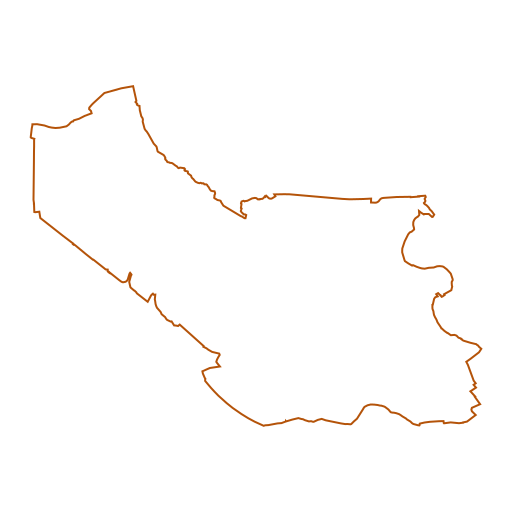 Montferland, Gelderland, Netherlands
{"feature_id": "6326949B90977500398075", "entity_name": "Montferland", "entity_type": "district", "adm_level": 2, "iso_a3": "NLD", "parent_name": "Netherlands", "parent_adm1": "Gelderland", "projection": "mercator", "projection_center": [6.215, 51.924], "detail": "fine", "context": "isolated", "style": "outline", "palette": "amber", "viewbox_px": 512, "rotation_deg": 0, "n_neighbors": 0, "source": "geoboundaries", "source_scale": "gbopen_adm2", "svg_char_len": 5972}
<svg xmlns="http://www.w3.org/2000/svg" viewBox="0 0 512 512"><path d="M133.1,86.2L121.3,88.3L104.4,93.0L93.3,103.2L91.9,104.6L89.3,107.6L89.1,109.1L91.0,111.0L91.6,113.3L84.7,115.9L79.0,118.8L73.9,120.3L73.5,120.7L73.1,121.1L73.1,121.4L71.7,121.7L70.4,122.8L68.8,124.6L66.5,126.3L59.8,127.7L55.5,128.0L51.8,127.6L48.8,127.0L44.5,125.5L37.2,124.2L32.4,124.3L32.4,124.7L32.3,125.8L31.8,128.1L30.7,137.3L30.8,137.5L31.6,138.0L34.3,138.8L34.2,139.1L34.1,140.2L34.1,146.6L34.0,150.8L33.9,163.3L33.5,199.8L33.9,202.8L33.9,203.7L34.0,203.7L34.3,212.0L35.2,212.2L37.0,212.0L39.3,211.7L40.3,218.0L63.2,236.0L73.6,243.9L73.6,244.1L73.2,244.4L73.6,244.7L73.8,244.9L74.5,244.9L75.0,245.1L86.0,254.2L92.9,259.7L93.3,259.6L103.9,268.0L105.6,269.4L107.7,269.6L107.6,271.1L107.8,271.5L108.5,272.1L108.5,271.5L108.9,271.8L108.9,272.4L109.5,272.8L109.5,272.4L119.3,280.2L121.5,281.8L123.0,282.3L125.5,281.8L126.6,281.1L127.4,280.1L127.8,279.3L129.4,274.0L129.7,273.3L130.1,272.8L131.0,273.9L131.5,274.7L130.9,275.8L129.2,281.9L130.4,287.2L130.8,287.7L134.1,290.5L134.5,290.6L136.3,292.3L136.8,293.3L147.7,301.8L150.6,296.3L151.1,295.4L151.8,294.6L152.9,293.7L153.6,294.7L155.3,294.6L154.8,299.4L155.1,300.7L155.6,304.1L156.3,306.3L157.0,307.8L160.6,311.9L161.6,314.2L165.1,317.1L166.2,318.9L167.1,319.9L170.7,321.6L171.6,321.4L174.1,325.4L176.2,325.6L178.1,326.0L179.7,324.6L203.7,346.1L203.4,346.8L206.5,348.3L208.3,349.7L212.1,351.9L219.2,353.6L219.7,354.9L218.3,357.1L217.0,359.6L216.3,361.8L216.5,362.2L217.4,363.4L219.9,366.5L209.8,368.0L202.4,371.3L202.9,373.6L204.7,377.8L205.4,378.9L205.1,379.8L205.2,381.0L211.1,388.0L214.7,391.9L218.4,395.7L226.4,402.9L232.6,407.9L241.4,414.0L248.2,418.2L254.7,421.7L263.7,425.8L265.1,425.3L268.4,425.1L277.5,423.4L281.5,423.1L286.0,421.4L286.0,421.2L286.2,421.4L292.2,419.6L298.4,418.1L301.4,419.0L302.9,419.2L305.0,420.2L308.9,421.4L311.2,421.2L312.6,421.7L313.7,421.8L317.8,419.9L321.7,418.9L325.7,420.3L340.9,423.4L345.3,424.1L347.2,424.0L350.6,424.3L351.3,424.0L354.0,421.3L357.0,418.7L363.4,408.6L363.4,408.4L364.5,406.9L367.5,405.3L370.7,404.5L374.1,404.6L377.6,405.0L380.1,405.6L381.1,405.6L384.1,406.5L385.1,407.0L388.4,409.5L390.7,412.2L392.2,412.6L394.0,412.7L396.3,413.2L399.0,414.1L400.5,415.0L402.4,416.4L406.0,418.5L406.9,419.4L410.4,421.5L412.1,423.2L413.4,424.0L418.2,425.3L419.4,425.4L419.6,425.0L419.7,423.7L419.8,423.6L424.6,422.5L429.9,421.8L439.2,421.2L443.5,421.1L443.8,423.1L444.0,423.3L450.7,422.4L459.0,423.2L463.1,422.7L463.1,422.4L467.0,421.6L475.7,415.0L471.9,411.3L471.4,409.6L471.6,408.7L471.9,407.8L480.1,404.2L474.8,396.8L475.2,396.5L470.4,391.3L476.0,387.6L473.6,384.8L475.7,383.3L473.7,380.7L467.9,364.9L466.3,361.8L470.7,358.7L479.0,352.3L481.3,348.8L478.8,346.6L478.2,345.6L477.0,344.9L476.3,344.2L470.5,342.8L463.9,340.8L462.8,340.3L461.1,339.0L461.3,338.8L460.7,338.4L458.5,337.7L456.5,335.6L454.5,334.9L450.8,335.2L447.6,332.9L447.3,333.0L444.4,330.9L441.7,328.4L441.4,328.4L440.6,326.9L437.5,322.3L436.4,319.5L435.0,317.1L434.0,314.9L433.7,313.3L433.4,311.2L432.5,308.9L432.4,307.1L432.4,304.8L432.8,304.7L434.1,298.9L435.1,297.4L435.9,297.0L437.7,296.4L436.2,294.2L438.1,293.1L440.4,295.4L440.6,295.3L441.6,296.8L442.5,296.5L444.6,295.0L444.1,294.2L451.3,290.2L452.2,286.5L451.9,285.6L451.7,283.0L451.8,281.7L452.6,280.4L452.7,279.8L452.6,279.0L450.8,273.7L449.9,272.6L446.8,269.3L443.5,266.8L442.3,266.4L439.7,266.1L437.1,266.3L433.7,267.5L428.8,267.8L424.7,268.7L421.8,268.4L419.9,267.9L416.7,266.8L413.1,265.2L412.7,265.2L412.1,265.6L408.3,263.4L404.9,261.1L404.5,260.1L402.2,252.4L402.2,250.6L402.3,248.5L404.7,241.3L408.2,234.3L409.8,232.4L411.6,231.7L414.1,229.5L414.0,228.1L413.2,225.0L413.3,222.1L414.0,220.3L414.9,218.9L415.4,218.3L417.0,217.1L417.7,216.8L419.3,215.0L419.0,211.0L421.1,212.7L423.8,214.4L424.1,214.0L428.8,214.0L432.1,217.0L432.8,216.8L434.2,214.6L431.7,211.2L429.8,209.4L429.0,207.9L427.4,206.1L426.3,205.1L424.7,204.1L424.0,203.3L423.9,203.0L425.0,201.9L425.3,201.2L425.4,200.9L425.1,200.0L424.7,199.2L424.7,198.6L425.7,197.2L425.6,196.4L425.2,195.7L418.6,196.2L418.8,196.6L410.6,197.2L410.5,196.8L396.8,197.0L383.6,197.9L381.9,198.2L380.9,198.7L380.0,199.5L378.8,201.1L377.8,201.9L376.6,202.5L375.4,202.7L371.0,202.5L371.1,198.6L363.3,199.0L349.8,199.3L342.4,198.9L289.6,194.3L284.3,194.2L274.3,194.4L275.4,196.3L272.0,198.4L271.1,198.7L269.8,198.6L269.0,198.3L268.3,197.7L266.9,196.3L266.2,195.7L265.4,196.8L264.9,196.3L263.7,197.8L262.5,198.8L258.8,199.2L258.9,199.4L258.1,199.4L257.7,199.3L256.5,198.2L254.9,197.9L252.1,198.4L247.3,200.8L245.1,201.1L244.6,201.4L244.0,201.0L243.5,200.8L241.6,201.5L241.1,202.8L241.0,203.5L241.4,203.7L241.5,204.1L240.9,208.0L241.0,208.2L241.6,208.5L240.8,211.1L241.2,211.8L242.7,213.4L243.3,213.7L243.6,214.4L245.3,214.5L246.2,215.0L245.5,218.2L244.5,218.2L241.7,216.4L240.9,216.2L223.4,205.7L221.1,202.1L220.9,201.4L220.5,200.8L219.8,200.5L217.4,200.0L216.4,199.3L214.4,198.2L214.2,197.7L214.5,196.0L214.4,195.3L214.8,194.5L215.1,193.8L215.0,192.6L214.5,191.3L212.3,191.1L211.0,190.7L209.9,189.4L208.6,187.0L207.9,186.3L207.0,184.8L206.1,184.3L205.2,184.4L204.3,184.3L203.7,183.5L203.0,183.2L202.0,183.5L201.2,183.0L200.6,182.8L199.4,183.2L197.8,182.8L195.7,181.8L195.1,181.3L193.2,178.9L192.7,178.6L192.1,178.0L191.4,176.9L191.1,175.7L188.0,173.4L187.9,173.1L187.9,171.7L187.7,171.4L185.1,170.9L184.5,170.4L184.5,169.8L185.0,169.1L184.3,168.2L180.0,167.6L179.0,168.1L178.5,168.1L177.9,167.7L176.9,166.4L175.5,165.6L172.6,163.4L171.8,163.0L169.8,162.8L168.9,162.3L167.9,162.2L167.4,162.0L167.0,161.6L166.7,160.7L165.7,159.9L165.3,159.3L165.1,158.8L165.4,158.1L165.2,157.5L164.0,155.4L163.1,154.7L157.9,151.7L157.5,151.0L156.7,147.3L156.4,146.5L153.7,143.6L148.4,134.1L146.7,131.5L145.7,130.5L144.6,128.8L142.7,121.7L142.9,119.7L142.8,119.1L142.5,118.1L141.3,116.3L139.8,110.2L139.5,105.9L138.4,105.6L137.2,105.0L136.8,104.2L136.8,103.8L137.0,103.6L135.5,102.0L136.4,100.9L133.1,86.2Z" fill="none" stroke="#b45309" stroke-width="2"/></svg>